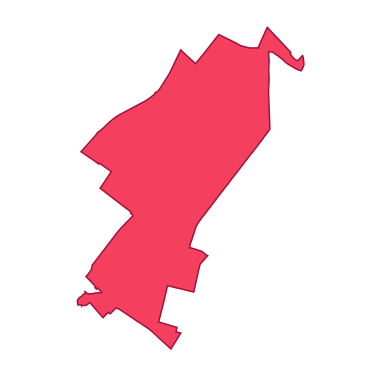 Dragoesti, Ialomita, Romania (Equal Earth projection), rotated 262°
{"feature_id": "2599482B30507331173389", "entity_name": "Dragoesti", "entity_type": "district", "adm_level": 2, "iso_a3": "ROU", "parent_name": "Romania", "parent_adm1": "Ialomita", "projection": "equal_earth", "projection_center": [26.544, 44.558], "detail": "fine", "context": "isolated", "style": "filled", "palette": "rose", "viewbox_px": 384, "rotation_deg": 262, "n_neighbors": 0, "source": "geoboundaries", "source_scale": "gbopen_adm2", "svg_char_len": 4722}
<svg xmlns="http://www.w3.org/2000/svg" viewBox="0 0 384 384"><g transform="rotate(262 192 192)"><path d="M316.6,309.3L316.9,309.0L317.4,308.7L319.5,307.2L321.5,305.8L323.1,304.7L324.5,303.7L329.6,300.1L338.9,293.5L344.5,289.5L343.3,288.6L342.4,288.0L341.6,287.5L340.9,287.0L339.5,286.2L337.1,284.7L336.0,284.0L335.2,283.5L334.4,283.0L332.1,281.5L331.6,281.2L330.1,280.3L328.9,279.6L328.4,279.3L327.3,278.6L326.2,277.8L326.0,277.7L325.9,277.7L325.6,277.8L325.5,277.5L325.7,276.1L326.2,272.1L326.4,270.9L326.5,269.7L326.8,268.7L328.5,264.3L329.3,262.5L329.6,261.9L329.7,261.2L332.9,256.9L334.6,254.6L344.2,240.4L327.1,222.6L318.6,213.4L327.1,206.3L330.9,203.3L334.3,200.6L315.5,188.2L311.4,185.2L298.8,174.5L297.8,173.6L297.3,173.0L295.2,169.8L295.6,169.3L293.7,168.1L293.4,167.3L291.8,164.6L291.3,163.9L289.8,160.9L288.5,158.2L286.8,153.3L281.4,138.5L280.8,136.8L280.1,135.1L279.1,132.3L278.8,131.3L277.6,128.6L276.1,125.6L274.0,121.9L272.4,119.6L269.4,115.4L268.5,114.2L266.9,111.7L265.0,108.8L264.6,107.5L263.9,106.7L262.9,105.7L261.1,103.9L247.3,87.7L235.9,100.3L235.5,100.6L232.6,103.6L233.3,104.3L232.7,105.1L223.4,114.9L208.9,101.9L208.6,101.5L194.6,115.1L180.7,128.8L180.5,128.6L180.1,128.3L179.8,128.3L179.3,128.4L177.3,130.2L177.0,130.3L176.8,130.2L176.5,130.0L175.2,128.2L173.4,126.0L166.4,116.9L162.5,112.5L134.1,83.7L134.0,83.3L129.0,81.4L123.9,76.5L123.1,75.2L113.5,82.1L111.6,83.4L110.8,82.6L109.1,83.8L110.1,85.0L107.2,87.1L107.3,87.2L105.5,88.7L104.7,87.7L105.0,86.7L105.2,85.4L105.4,82.4L105.2,77.9L105.5,75.7L106.5,73.6L108.4,72.2L108.4,71.9L106.5,72.4L106.2,71.3L105.4,69.4L104.0,68.1L103.7,67.2L103.1,65.7L102.2,64.9L101.1,64.0L101.0,63.5L100.8,63.4L99.2,63.4L98.4,63.1L98.0,63.1L96.0,63.4L95.9,65.1L95.7,66.5L95.2,66.7L94.5,66.8L94.8,67.0L94.9,67.3L94.9,67.8L94.8,68.4L94.6,69.9L94.5,70.6L94.6,71.3L95.0,72.5L95.4,73.3L96.8,75.3L95.2,76.4L80.0,86.3L79.9,86.4L84.4,92.2L84.5,92.4L84.5,92.6L83.4,93.2L82.9,93.5L82.8,93.8L82.9,94.2L87.9,100.8L87.0,102.0L86.9,102.5L81.3,109.1L74.6,116.5L72.0,119.3L70.8,120.6L70.8,121.0L66.8,125.3L63.9,128.5L62.6,130.1L55.9,135.9L51.2,139.6L50.4,140.2L39.5,149.3L53.9,161.3L54.6,159.7L55.0,158.8L55.0,158.7L55.6,157.3L55.7,156.9L55.8,156.8L55.8,156.7L56.9,157.0L60.0,158.3L62.9,151.9L67.9,141.0L67.9,140.9L69.6,141.6L70.8,142.0L72.3,142.7L75.8,144.1L87.0,148.7L101.1,154.1L102.7,154.7L102.7,154.8L101.4,157.8L101.2,158.4L101.1,158.6L100.9,159.3L100.4,160.4L100.0,161.3L99.6,162.3L98.9,164.1L97.4,168.1L94.2,176.0L92.9,179.2L92.7,179.8L96.6,181.3L100.3,182.7L111.0,186.7L112.4,187.2L119.5,190.0L120.8,191.6L121.7,192.6L122.5,193.6L122.8,194.0L123.1,194.3L123.7,195.1L124.5,196.0L125.2,196.8L126.2,198.1L126.8,198.7L127.3,197.9L128.6,196.5L129.6,195.6L131.0,194.5L131.7,193.7L131.9,193.3L132.4,192.3L132.8,191.6L133.1,191.0L133.7,189.8L134.2,188.8L134.9,187.3L135.5,186.1L136.5,183.9L137.2,181.9L141.0,183.1L143.8,184.7L147.9,186.7L149.2,187.4L150.1,187.8L150.7,188.1L151.3,188.4L152.2,188.8L153.9,189.6L155.3,190.2L156.4,190.8L157.2,191.2L159.2,192.8L161.1,194.4L161.6,194.8L162.1,195.3L162.3,195.5L163.1,196.2L163.6,196.6L164.0,197.1L164.5,197.6L164.9,197.9L165.2,198.3L165.7,198.8L166.1,199.2L166.4,199.5L167.7,200.9L168.3,201.5L168.7,201.9L169.4,202.6L170.2,203.4L172.4,205.6L178.3,211.7L179.3,212.7L180.0,213.4L181.4,214.9L181.5,214.8L181.7,215.1L182.1,215.5L182.8,216.2L184.2,217.7L185.8,219.3L187.7,221.2L189.6,223.2L190.5,224.1L193.3,227.0L195.7,229.5L199.4,233.1L205.3,239.3L212.5,246.6L218.0,252.2L219.0,253.2L222.9,257.2L223.1,257.4L222.9,257.5L224.6,259.2L228.0,262.6L232.5,267.2L234.5,269.3L234.8,269.6L235.0,269.5L236.7,271.3L237.7,272.3L239.9,274.5L242.0,276.6L243.3,277.8L243.6,277.9L246.7,278.2L248.6,278.4L251.2,278.7L255.1,279.1L256.9,279.3L258.8,279.5L259.5,279.6L262.2,279.8L269.7,280.6L276.4,281.3L279.7,281.7L281.7,281.9L284.6,282.4L286.4,282.8L288.8,283.3L290.5,283.6L293.7,284.1L295.3,284.3L295.6,284.5L295.9,284.3L296.9,284.4L298.7,284.6L300.2,284.7L301.7,284.9L303.5,285.2L303.8,285.3L305.5,285.5L306.8,285.7L308.0,286.0L309.9,286.4L310.7,286.5L311.8,286.7L313.1,286.8L314.0,286.8L316.2,286.9L319.2,287.4L320.4,287.5L319.9,288.9L319.7,289.8L319.6,290.6L319.1,291.6L317.5,293.1L316.6,294.0L315.6,295.4L312.5,298.3L310.6,300.2L308.8,301.6L306.8,303.2L304.9,305.3L301.8,309.3L300.4,310.9L299.3,312.3L298.3,314.1L297.0,316.3L296.8,316.8L297.2,317.0L297.5,317.4L298.5,318.4L301.5,320.1L302.1,320.4L302.8,320.6L306.7,320.8L308.6,320.9L311.0,320.7L311.8,320.5L311.8,320.4L310.1,318.4L308.2,316.1L307.4,315.2L307.2,314.9L307.3,314.7L307.7,314.2L309.4,311.9L309.6,311.7L311.4,310.6L313.3,309.5L314.8,308.7L315.3,308.6L315.5,308.6L315.8,308.9L316.0,309.0L316.4,309.3L316.5,309.3L316.6,309.3Z" fill="#f43f5e" stroke="#9f1239" stroke-width="1.5"/></g></svg>